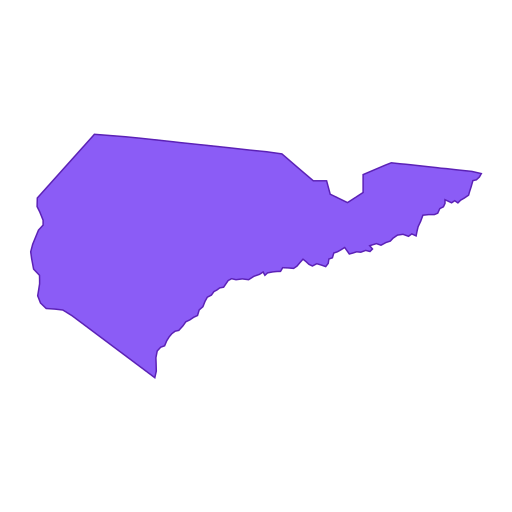 Esperantinópolis, Maranhão, Brazil (Robinson projection)
{"feature_id": "56859067B90627563258155", "entity_name": "Esperantinópolis", "entity_type": "district", "adm_level": 2, "iso_a3": "BRA", "parent_name": "Brazil", "parent_adm1": "Maranhão", "projection": "robinson", "projection_center": [-44.82, -4.92], "detail": "fine", "context": "isolated", "style": "filled", "palette": "violet", "viewbox_px": 512, "rotation_deg": 0, "n_neighbors": 0, "source": "geoboundaries", "source_scale": "gbopen_adm2", "svg_char_len": 1946}
<svg xmlns="http://www.w3.org/2000/svg" viewBox="0 0 512 512"><path d="M481.3,173.6L471.9,171.4L456.5,169.8L449.7,169.0L446.4,168.6L440.9,168.2L436.5,167.6L429.0,166.8L409.3,164.6L405.3,164.2L400.3,163.8L391.3,162.8L385.6,165.0L363.1,174.6L363.1,192.5L351.4,200.1L347.5,202.6L330.2,194.2L326.6,180.8L313.3,180.8L297.8,167.6L281.9,153.9L266.3,151.7L249.9,150.1L243.6,149.4L228.6,147.7L179.3,142.5L172.6,141.7L139.2,138.1L124.9,136.7L94.4,134.3L91.4,137.7L37.3,198.0L37.1,206.6L39.8,212.0L43.1,220.2L43.1,225.1L38.5,230.1L32.7,244.2L30.7,251.8L31.6,258.4L33.6,269.1L39.5,275.3L39.6,279.7L39.6,283.9L37.7,295.8L40.5,303.0L46.2,308.5L55.0,309.1L62.8,310.0L72.0,315.7L81.1,322.5L154.8,377.7L156.3,371.1L156.1,363.7L155.9,357.7L157.2,351.0L160.7,347.2L164.6,345.8L166.7,340.8L169.2,336.8L171.8,333.7L175.1,331.2L178.8,330.4L182.9,325.9L185.8,321.8L189.8,319.9L193.6,317.3L197.5,315.5L199.2,309.9L202.9,306.7L205.0,301.4L207.3,297.2L211.4,295.1L213.9,291.6L216.9,290.0L219.7,287.9L223.6,287.2L226.0,283.7L228.2,280.5L231.6,278.7L236.0,279.7L242.3,278.9L248.6,279.7L253.9,276.3L259.6,274.3L263.1,272.0L264.9,275.3L267.5,272.9L272.7,271.9L276.6,271.5L280.5,271.4L282.7,267.7L288.0,267.9L293.6,268.4L297.0,266.1L300.1,262.4L303.0,259.2L305.9,261.5L308.9,264.3L312.4,266.0L316.8,263.7L321.5,265.1L325.7,266.6L328.2,263.4L328.9,259.0L332.4,257.8L333.8,253.0L337.4,251.8L340.3,250.2L344.7,247.5L347.2,251.0L349.3,254.0L353.0,253.0L356.6,251.8L360.8,252.2L365.7,250.4L370.0,251.5L372.5,249.0L369.7,245.7L376.4,243.6L381.0,245.2L386.0,242.5L390.3,241.1L393.0,238.2L397.5,235.1L403.0,234.3L408.5,236.3L411.8,233.9L416.1,235.9L417.0,231.3L418.1,226.7L420.7,221.2L422.9,215.2L428.5,214.6L434.3,214.6L437.7,213.2L439.8,208.6L443.4,206.8L445.0,203.4L445.0,199.7L451.6,202.8L454.7,200.7L457.9,202.9L460.6,200.2L464.4,198.0L468.6,195.1L469.6,191.5L471.1,186.9L472.9,180.6L476.4,179.8L479.4,177.0L481.3,173.6Z" fill="#8b5cf6" stroke="#5b21b6" stroke-width="1.5"/></svg>